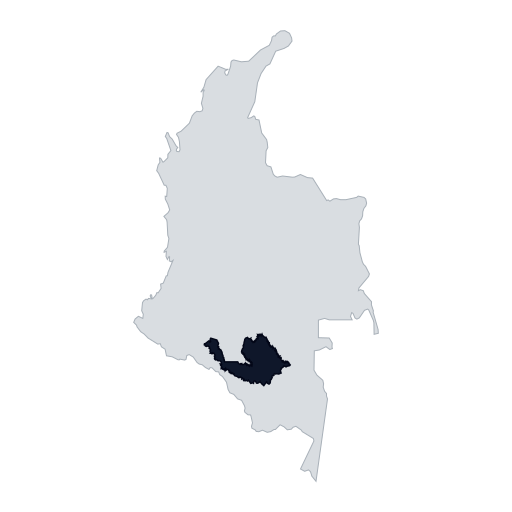 Solano, Caquetá, Colombia (highlighted)
{"feature_id": "7082276B1556586451217", "entity_name": "Solano", "entity_type": "district", "adm_level": 2, "iso_a3": "COL", "parent_name": "Colombia", "parent_adm1": "Caquetá", "projection": "equal_earth", "projection_center": [-73.482, 0.241], "detail": "fine", "context": "in_parent", "style": "filled", "palette": "ink", "viewbox_px": 512, "rotation_deg": 0, "n_neighbors": 0, "source": "geoboundaries", "source_scale": "gbopen_adm2", "svg_char_len": 9730}
<svg xmlns="http://www.w3.org/2000/svg" viewBox="0 0 512 512"><path d="M288.4,46.0L284.1,48.4L275.7,51.2L269.9,63.9L266.0,66.1L261.1,73.5L257.5,82.8L254.8,101.7L247.6,117.7L248.2,118.4L251.1,117.7L253.8,115.9L254.8,116.5L255.7,119.3L259.0,120.0L261.7,133.0L266.6,139.6L267.2,142.2L267.8,147.5L266.1,150.8L265.5,162.7L267.1,165.7L270.9,166.9L273.3,174.3L274.9,176.0L277.2,177.2L282.6,176.0L292.5,177.2L294.8,177.0L300.4,174.5L307.4,177.6L312.6,178.1L326.7,200.6L328.1,199.9L329.9,201.2L333.5,198.9L336.5,198.6L340.6,199.7L345.9,199.7L356.6,197.4L358.2,196.1L364.0,197.4L365.7,199.0L366.6,203.2L365.9,205.8L363.9,208.4L362.8,211.8L362.6,215.8L361.5,218.9L359.7,220.8L358.9,223.6L359.4,227.4L358.4,244.3L359.2,245.7L359.9,252.7L362.3,261.7L363.5,264.3L365.6,266.4L369.4,273.9L368.6,276.4L358.9,288.0L358.4,290.7L360.3,289.7L363.3,290.7L364.3,293.5L371.5,301.7L371.4,304.8L373.4,310.9L373.1,312.2L378.1,329.6L378.3,333.3L374.1,334.3L373.9,322.7L373.3,320.3L368.7,309.9L367.7,309.1L364.5,310.3L359.3,317.9L356.9,319.1L355.0,318.0L353.0,313.4L351.7,312.6L350.5,316.4L352.1,319.8L329.1,319.8L324.6,318.4L318.4,320.1L318.4,337.7L329.2,338.0L332.2,343.0L332.0,347.1L332.4,348.6L329.8,349.5L326.0,346.7L319.3,350.0L314.3,350.8L314.0,370.2L316.9,375.1L322.8,380.3L323.6,383.8L323.2,387.2L324.6,391.3L326.5,393.5L326.5,396.1L327.5,398.9L316.0,481.3L311.9,476.2L310.5,471.7L308.5,469.9L304.7,471.3L300.5,469.0L313.9,441.0L313.4,438.5L302.3,431.7L301.2,430.0L295.9,426.3L293.0,427.3L291.3,429.2L287.3,429.8L284.0,426.8L280.1,424.8L275.4,429.5L274.0,429.5L270.7,431.6L267.2,432.3L262.5,430.2L258.8,431.7L256.2,431.4L255.2,429.9L251.9,428.2L251.5,426.3L252.5,422.9L251.0,416.1L250.5,414.9L248.0,414.8L245.0,412.4L244.4,410.9L245.1,408.1L244.5,405.8L241.6,400.3L237.6,398.9L233.8,394.4L229.9,392.8L228.1,389.5L226.5,382.2L222.5,376.5L219.7,374.6L218.7,371.9L215.8,371.6L212.0,367.8L210.2,367.6L209.0,369.4L205.4,367.5L202.3,364.8L199.1,364.0L197.0,362.4L193.3,357.1L189.2,354.6L186.8,355.5L186.0,359.4L184.7,360.1L179.9,359.1L179.2,359.9L177.9,359.7L172.2,356.8L166.5,355.8L165.1,349.2L161.4,346.8L160.3,343.7L157.8,344.1L148.1,338.1L144.1,334.0L140.7,331.7L137.1,327.0L136.5,325.1L133.7,322.4L135.1,319.0L138.4,316.3L142.8,318.4L143.3,314.3L141.7,310.7L142.5,302.6L143.6,300.8L146.0,299.1L147.5,299.8L148.4,298.4L152.0,299.0L153.1,298.4L155.8,295.2L156.9,292.6L158.2,292.8L161.1,288.4L160.6,284.1L163.3,283.1L166.2,275.9L167.4,275.7L168.0,272.3L173.0,260.4L171.2,261.8L169.3,260.9L169.6,256.9L169.0,256.5L167.4,259.5L166.0,256.4L166.4,251.3L164.1,252.3L164.2,251.1L167.5,247.3L168.9,238.5L167.8,235.3L167.1,222.2L166.6,219.7L163.9,216.4L168.1,212.7L169.7,209.9L167.8,204.0L165.3,199.1L165.2,196.2L166.7,196.5L167.3,188.4L165.9,185.3L164.2,185.2L158.6,173.2L156.7,170.7L158.2,164.9L159.9,162.4L159.5,158.0L160.6,158.2L163.0,162.2L164.0,161.6L167.8,157.8L167.9,154.3L170.9,150.6L166.7,138.4L165.3,136.5L167.0,132.5L168.0,132.7L169.6,136.6L172.2,139.1L176.1,145.9L177.8,147.5L176.6,149.0L176.3,150.6L176.9,151.5L179.1,151.7L180.0,149.8L179.4,141.5L178.5,137.4L176.5,134.4L177.1,133.2L181.1,131.2L189.4,123.2L192.2,115.8L194.4,113.1L196.8,111.3L199.8,111.7L202.2,110.8L202.9,108.4L201.4,103.3L203.1,96.2L203.1,92.6L204.2,90.5L203.8,89.7L200.8,92.2L203.9,87.2L206.1,79.6L218.1,66.2L225.9,69.4L228.4,69.2L225.1,70.9L224.7,72.8L225.8,74.9L227.0,75.4L228.0,74.1L230.6,66.3L231.0,62.0L232.1,60.5L233.8,60.0L241.4,61.8L248.7,61.2L260.5,50.0L269.3,45.3L271.5,40.7L272.1,37.2L273.7,35.9L275.4,35.9L276.4,34.0L280.5,31.0L284.9,30.7L289.5,33.3L291.6,37.9L292.0,41.1L288.4,46.0ZM152.1,297.6L151.6,298.2L150.5,297.1L150.2,295.7L150.8,294.7L151.6,295.0L152.1,297.6Z" fill="#d9dde1" stroke="#a8b0b8" stroke-width="1"/><path d="M210.8,338.2L210.4,338.7L210.2,339.7L210.2,340.4L210.7,341.4L210.3,342.1L209.9,342.2L209.7,341.1L208.8,340.9L205.0,343.9L204.5,343.8L204.3,344.8L205.0,345.1L205.3,345.9L206.2,346.4L206.6,346.4L207.0,346.0L207.5,346.1L207.9,345.6L208.8,346.7L209.4,346.8L209.6,347.4L209.2,348.4L210.1,348.9L210.6,350.2L210.0,351.0L210.2,351.9L210.8,352.8L210.4,353.2L211.6,353.4L212.3,352.6L212.7,352.6L212.9,353.0L212.6,353.6L214.1,353.3L215.0,355.1L215.1,355.6L214.4,356.1L214.6,357.2L215.2,357.9L214.5,358.6L214.7,359.1L215.5,359.9L216.8,359.7L217.9,360.7L219.9,360.7L220.6,361.2L221.2,362.1L221.3,363.3L221.2,364.0L220.5,364.0L220.8,364.3L221.4,364.2L221.7,364.5L221.3,365.2L220.7,365.3L221.7,366.8L221.6,367.5L221.2,367.8L221.2,368.1L221.8,367.5L222.2,367.7L222.5,368.2L222.2,368.9L224.2,369.9L224.3,369.6L224.1,369.0L224.4,368.9L224.9,370.2L225.3,370.0L225.7,368.4L226.4,369.1L225.9,370.3L226.8,369.6L228.0,369.4L228.7,370.4L229.5,370.4L229.5,370.7L229.1,371.3L229.1,372.0L230.2,372.9L230.4,372.8L230.5,372.2L230.8,372.2L231.2,373.6L231.7,373.6L232.2,372.8L232.6,372.8L233.2,374.1L234.0,373.9L234.1,374.8L234.7,375.7L237.3,376.5L238.5,377.6L239.6,377.5L240.2,376.8L240.6,376.8L241.2,377.8L242.1,377.8L241.9,378.9L242.8,378.4L243.2,378.6L243.6,380.5L243.9,380.4L244.3,379.7L244.7,380.7L245.2,380.8L246.3,380.3L247.4,381.0L248.3,380.2L248.7,380.9L249.7,381.5L249.9,382.2L250.8,383.4L252.6,382.8L253.5,383.3L253.9,381.3L254.7,380.8L255.8,381.6L256.3,382.9L256.7,383.2L257.6,383.2L258.7,382.7L259.0,382.2L259.5,382.1L260.0,381.5L260.2,382.2L261.5,383.2L261.6,383.7L263.8,385.6L266.6,381.7L266.9,381.9L266.9,382.7L267.2,383.1L269.0,384.1L270.2,382.9L270.5,379.8L271.1,379.5L271.7,378.5L272.2,377.2L271.9,376.8L272.0,376.1L272.6,375.6L273.2,375.4L273.5,375.6L273.9,375.3L273.9,374.5L274.3,373.8L274.7,373.6L275.5,374.0L276.6,373.7L278.5,374.0L278.9,373.6L279.4,373.8L280.3,373.3L280.6,372.7L281.0,372.8L280.4,370.7L280.6,369.8L281.2,369.1L281.1,368.3L281.7,368.1L283.3,366.9L283.6,366.5L283.6,366.0L284.3,365.9L285.5,366.7L286.1,366.8L286.2,366.4L287.2,366.3L287.8,365.6L288.7,366.0L289.8,365.5L290.2,364.9L289.9,364.6L289.3,364.6L289.4,363.9L288.6,363.4L288.8,362.8L288.5,362.3L288.3,362.3L288.4,362.7L287.9,362.5L287.8,361.8L287.2,361.4L287.0,362.4L286.2,362.7L285.8,362.3L286.1,361.7L285.7,361.4L285.3,362.9L284.5,363.2L284.3,362.9L284.7,362.3L284.6,362.0L284.2,361.8L283.4,362.0L284.0,360.6L283.1,361.5L282.5,361.5L282.8,361.2L282.7,360.6L282.3,360.8L281.2,360.0L280.6,358.8L281.2,358.3L281.1,357.8L280.6,358.1L280.4,358.7L280.1,358.4L280.1,357.5L279.4,357.4L279.8,356.4L279.4,356.6L278.9,356.3L279.1,356.8L278.7,357.3L278.1,357.0L278.7,355.5L278.2,355.3L278.0,354.1L277.4,353.7L277.4,354.3L277.1,354.5L276.7,354.2L277.1,353.7L276.6,353.3L276.9,352.5L276.4,351.0L276.1,351.8L275.9,351.4L275.3,351.2L275.3,350.4L274.9,350.3L275.5,349.4L275.2,349.3L275.2,348.6L274.9,348.8L274.6,348.4L273.4,348.6L273.7,348.3L273.7,347.7L273.5,347.4L272.9,347.4L272.6,346.4L272.3,347.0L271.8,346.6L271.8,347.1L271.3,346.8L271.1,347.4L270.7,347.3L270.5,347.0L270.7,346.2L270.1,345.1L269.7,344.9L269.9,345.5L269.7,345.8L268.9,344.5L269.4,344.3L269.1,343.7L269.4,343.1L269.3,342.7L268.6,342.7L268.8,343.3L268.5,343.7L268.2,342.9L268.4,342.6L268.1,342.0L268.3,341.3L268.0,341.1L267.6,341.6L267.2,341.5L267.5,340.4L267.1,340.2L266.9,339.7L267.1,339.2L266.6,338.7L266.0,337.2L264.8,337.5L263.3,336.0L262.6,335.7L262.1,334.4L261.8,335.3L261.7,334.9L261.2,334.9L261.1,334.4L260.5,334.3L260.6,335.3L260.3,335.3L260.0,335.9L259.5,335.3L259.6,334.4L258.5,334.5L258.7,334.8L258.5,335.3L257.8,334.9L258.0,335.5L257.6,335.4L257.6,335.7L258.0,336.5L257.3,336.7L257.6,337.0L257.4,337.5L257.8,337.4L257.9,338.2L257.5,337.9L257.4,338.1L257.7,338.2L257.5,338.4L257.7,338.7L256.9,339.1L256.4,338.9L256.2,339.9L255.9,339.8L255.8,340.4L255.3,340.4L255.3,340.7L255.1,340.7L255.3,341.3L255.1,341.4L255.2,341.2L254.9,341.2L255.0,341.4L254.8,341.8L254.5,341.5L254.2,342.0L254.0,341.7L253.4,342.2L253.4,341.9L252.9,341.7L252.8,341.4L252.3,341.7L251.9,341.2L252.1,341.2L252.0,340.9L251.7,341.0L251.4,340.1L251.2,340.2L251.5,339.8L251.3,339.3L250.8,339.2L250.6,339.4L250.0,338.8L250.2,338.5L249.1,339.0L248.8,338.9L248.3,338.2L247.5,338.0L247.4,337.5L245.6,338.2L244.8,339.4L244.4,341.7L244.1,342.1L244.1,343.5L243.6,344.5L243.6,345.3L243.2,345.5L243.4,347.7L242.2,349.3L242.1,350.3L241.8,350.5L241.8,351.1L241.5,351.9L241.9,352.3L242.0,353.0L242.6,352.7L242.9,353.0L242.9,353.3L243.1,353.1L243.3,353.2L243.1,353.9L243.5,354.0L243.4,353.5L243.5,353.3L243.8,353.8L243.7,354.2L244.2,354.2L243.9,354.6L244.2,354.7L244.0,355.0L244.2,355.4L244.4,355.4L244.5,355.0L244.1,355.8L244.5,356.0L244.8,355.9L244.9,357.5L245.3,357.7L245.6,357.2L245.9,357.8L245.8,358.8L246.1,359.0L246.1,358.6L246.3,359.0L246.3,359.6L246.8,359.3L247.0,359.6L247.2,359.2L247.5,359.6L247.7,359.4L247.9,359.7L248.2,359.7L248.2,360.1L247.8,360.3L248.2,360.7L248.5,360.6L248.7,360.1L249.0,360.4L249.2,360.1L249.2,360.6L249.5,360.4L249.5,360.8L249.1,361.0L249.6,361.1L249.5,361.5L249.9,361.4L249.9,361.9L250.1,361.5L250.3,362.1L250.8,362.1L250.7,362.7L251.4,362.0L251.5,362.2L251.2,362.7L251.7,362.5L251.9,362.6L252.1,362.9L251.8,363.9L252.2,364.3L252.0,365.4L251.7,364.9L251.5,365.2L251.4,364.8L251.0,364.8L251.0,365.0L250.6,365.0L250.6,365.5L250.0,364.9L249.6,365.4L249.2,365.2L249.2,365.8L248.5,365.1L248.5,365.6L247.8,365.1L247.1,365.3L247.2,365.0L247.1,364.6L246.5,364.7L246.6,363.8L245.8,364.0L245.7,363.4L245.1,363.6L245.1,363.3L244.0,364.5L243.2,364.4L242.8,364.7L242.0,364.5L241.8,363.7L241.1,364.2L240.9,363.6L240.7,363.6L240.2,364.4L239.7,364.3L238.2,363.0L238.0,362.2L237.7,361.9L224.6,361.9L224.3,360.9L224.4,360.4L223.9,359.7L224.1,359.3L223.8,358.9L223.7,357.5L222.9,356.9L223.0,355.7L222.2,353.9L222.0,352.2L220.6,349.6L219.7,349.6L219.4,349.0L219.2,349.2L218.8,348.9L218.7,348.2L218.5,348.4L218.5,347.9L218.1,347.6L218.3,347.1L218.1,346.6L218.4,346.5L218.0,346.1L217.7,345.0L218.3,344.4L218.5,343.2L217.5,341.7L217.5,341.2L217.1,340.9L216.8,340.0L210.8,338.2Z" fill="#0f172a" stroke="#020617" stroke-width="1.5"/></svg>